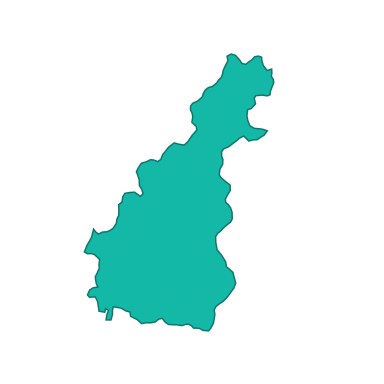 the district of Rialma, Goiás, Brazil, rotated 23°
{"feature_id": "56859067B97969314154614", "entity_name": "Rialma", "entity_type": "district", "adm_level": 2, "iso_a3": "BRA", "parent_name": "Brazil", "parent_adm1": "Goiás", "projection": "albers", "projection_center": [-49.534, -15.316], "detail": "fine", "context": "isolated", "style": "filled", "palette": "teal", "viewbox_px": 384, "rotation_deg": 23, "n_neighbors": 0, "source": "geoboundaries", "source_scale": "gbopen_adm2", "svg_char_len": 2639}
<svg xmlns="http://www.w3.org/2000/svg" viewBox="0 0 384 384"><g transform="rotate(23 192 192)"><path d="M116.3,289.2L119.9,289.7L123.2,288.1L126.3,287.7L130.2,288.9L133.4,290.3L134.7,295.1L136.4,298.3L136.4,303.7L136.1,307.7L137.6,310.5L139.9,313.9L142.5,316.3L138.4,318.8L136.1,322.3L136.0,327.6L138.8,328.9L143.9,326.3L148.0,329.8L153.0,338.1L158.7,336.7L158.1,333.1L161.4,333.6L161.6,338.3L162.9,343.3L167.4,341.5L166.6,335.6L165.1,332.3L164.4,328.4L172.0,326.6L177.7,327.3L181.9,326.7L184.0,330.4L187.8,330.7L190.9,330.8L193.7,331.6L197.0,332.9L200.6,330.4L205.6,328.3L209.1,325.8L211.0,322.1L214.0,319.9L218.3,322.4L222.1,323.1L225.7,321.9L229.9,320.2L235.0,318.9L237.7,316.4L240.3,315.1L243.6,315.2L246.6,316.7L249.6,315.4L252.6,314.6L256.3,315.1L261.6,313.3L262.5,309.9L263.0,304.5L261.7,298.7L260.8,295.5L258.5,292.0L258.9,287.7L261.1,283.9L263.4,280.5L265.1,276.4L267.0,268.7L268.1,264.2L267.8,258.7L264.0,253.9L261.1,250.0L256.7,248.5L253.0,247.4L250.2,243.1L243.9,238.6L237.7,235.4L233.6,229.1L231.2,223.9L231.8,219.9L233.6,216.7L234.9,213.0L236.8,209.0L239.3,204.6L239.5,200.9L236.9,195.2L233.6,191.4L230.5,189.5L227.1,188.4L225.5,185.6L225.9,180.3L226.6,175.7L224.4,170.8L217.8,169.0L213.4,167.6L210.2,165.4L208.8,160.2L209.4,154.6L207.8,150.1L205.4,147.5L203.5,143.5L204.3,139.9L208.0,136.1L213.1,127.2L214.7,123.9L217.8,120.3L224.5,122.9L227.4,120.4L231.5,118.4L233.6,115.2L236.2,111.4L237.4,106.3L232.8,106.6L228.9,107.6L224.3,109.1L219.4,108.4L215.5,104.5L212.9,100.7L211.0,94.5L213.9,92.1L216.1,86.1L212.7,81.5L213.1,78.4L218.7,75.4L223.7,74.1L225.8,72.1L224.8,68.5L224.5,59.4L222.8,56.5L219.8,54.5L219.0,51.2L217.3,47.7L213.7,50.8L208.2,47.7L204.7,43.4L203.4,40.7L200.2,40.9L196.9,42.9L195.4,47.0L193.0,50.8L191.6,53.5L187.8,54.2L184.5,52.0L178.6,49.2L174.1,49.7L171.2,53.3L173.8,57.1L173.3,63.6L173.2,68.0L174.0,71.1L174.2,75.1L172.7,78.6L172.1,82.1L169.5,86.9L166.3,89.5L164.4,92.7L163.9,96.8L164.4,100.3L161.7,106.1L157.9,110.2L157.1,113.6L158.5,117.0L161.5,119.6L163.3,122.4L164.7,127.9L170.3,130.0L172.2,133.2L170.1,139.4L169.2,143.8L168.5,147.4L166.5,151.8L161.5,153.1L156.4,153.8L152.9,160.0L151.7,164.8L150.4,169.0L150.6,174.2L148.5,177.4L144.4,177.5L141.2,178.5L137.9,182.3L134.2,185.2L133.1,190.7L132.9,195.1L135.1,197.3L138.7,201.4L141.0,206.6L144.7,209.2L147.6,212.7L146.3,216.1L142.6,215.4L139.2,214.6L134.4,217.1L130.7,219.5L130.2,223.5L131.5,228.7L129.4,232.3L131.7,237.1L133.7,242.2L133.5,246.3L134.6,250.6L133.6,256.1L132.0,258.8L129.6,261.6L125.1,264.0L122.4,267.3L119.0,266.4L115.9,264.7L117.2,272.8L116.9,276.7L116.2,282.0L116.3,289.2Z" fill="#14b8a6" stroke="#0f766e" stroke-width="1.5"/></g></svg>